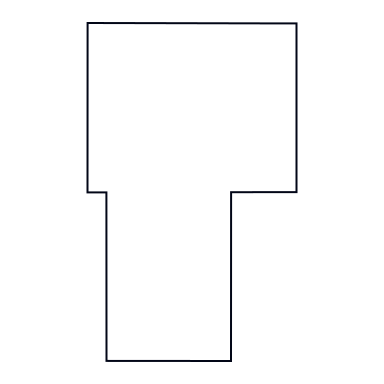 Billings, North Dakota, United States of America
{"feature_id": "52423323B93368423435894", "entity_name": "Billings", "entity_type": "district", "adm_level": 2, "iso_a3": "USA", "parent_name": "United States of America", "parent_adm1": "North Dakota", "projection": "mercator", "projection_center": [-103.321, 46.98], "detail": "fine", "context": "isolated", "style": "outline", "palette": "ink", "viewbox_px": 384, "rotation_deg": 0, "n_neighbors": 0, "source": "geoboundaries", "source_scale": "gbopen_adm2", "svg_char_len": 242}
<svg xmlns="http://www.w3.org/2000/svg" viewBox="0 0 384 384"><path d="M296.5,192.1L296.5,23.4L274.6,23.4L87.6,23.0L87.5,192.4L106.4,192.4L106.5,360.9L231.0,361.0L231.1,192.2L296.5,192.1Z" fill="none" stroke="#020617" stroke-width="2"/></svg>